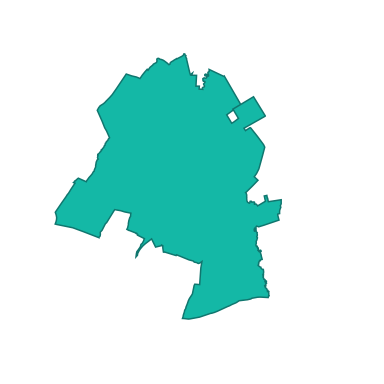 Erbiceni, Iasi, Romania (orthographic projection), rotated 220°
{"feature_id": "2599482B88685264403288", "entity_name": "Erbiceni", "entity_type": "district", "adm_level": 2, "iso_a3": "ROU", "parent_name": "Romania", "parent_adm1": "Iasi", "projection": "orthographic", "projection_center": [27.214, 47.273], "detail": "fine", "context": "isolated", "style": "filled", "palette": "teal", "viewbox_px": 384, "rotation_deg": 220, "n_neighbors": 0, "source": "geoboundaries", "source_scale": "gbopen_adm2", "svg_char_len": 6001}
<svg xmlns="http://www.w3.org/2000/svg" viewBox="0 0 384 384"><g transform="rotate(220 192 192)"><path d="M105.8,101.0L99.4,111.5L99.1,111.6L97.4,114.2L96.0,116.8L91.2,127.0L90.1,129.0L89.1,131.5L87.4,134.8L86.9,135.9L86.0,139.0L80.2,145.2L78.3,147.7L78.0,148.3L77.9,149.0L74.0,153.7L72.0,155.5L65.8,160.1L66.3,161.2L66.2,162.1L66.4,162.3L67.0,162.3L67.6,163.3L68.8,164.3L68.9,165.0L69.4,165.2L69.6,165.2L69.7,164.7L70.2,164.3L70.4,164.7L71.0,165.4L71.6,165.2L72.5,165.9L74.4,165.9L74.6,166.1L74.7,166.7L75.7,166.6L76.1,166.8L76.2,167.0L75.5,167.9L75.5,168.2L76.5,168.8L76.3,170.1L76.6,170.2L77.2,170.0L77.5,170.0L77.4,171.0L77.6,171.5L78.0,171.5L78.3,170.3L78.5,170.3L78.9,170.6L78.8,171.3L79.1,171.5L79.7,171.7L80.4,171.7L81.0,171.4L81.6,172.0L82.7,172.3L82.9,172.5L82.9,173.0L83.6,173.4L83.7,174.0L84.5,174.1L84.4,175.1L84.9,175.3L85.6,176.7L87.4,178.4L87.7,178.5L87.9,178.1L88.4,178.1L89.2,177.9L89.9,177.9L90.8,178.6L91.0,178.4L94.1,178.2L94.3,178.5L94.3,179.1L94.8,179.5L94.7,179.8L94.9,180.2L95.6,180.8L95.5,181.2L95.9,181.8L95.9,182.4L96.1,182.9L95.5,183.2L95.5,183.4L95.8,183.9L95.7,184.5L94.9,185.5L95.0,185.7L96.1,186.1L96.4,186.6L97.7,187.4L98.5,188.2L99.4,188.6L100.0,189.2L101.5,189.7L101.7,189.9L101.6,190.2L100.9,190.9L101.4,191.4L102.0,191.5L102.3,190.5L102.8,190.5L102.7,190.3L102.2,189.8L102.3,189.5L102.5,189.4L103.1,189.7L104.1,189.7L104.6,191.0L105.2,191.7L105.4,191.7L105.7,191.2L106.4,191.5L106.8,192.2L107.1,192.4L107.5,192.3L107.7,191.8L108.0,191.8L109.1,192.6L109.8,194.1L111.2,195.5L111.3,196.4L112.4,199.0L113.6,199.3L113.9,199.8L113.8,200.4L114.0,200.6L114.7,201.5L115.4,201.9L115.9,202.8L117.5,202.9L117.7,203.0L118.1,203.7L119.0,204.1L119.3,203.7L119.2,203.3L118.7,202.6L119.0,202.2L119.8,202.7L120.3,203.3L120.8,204.5L120.2,204.7L119.3,204.5L119.1,204.8L120.4,206.1L120.6,206.8L120.6,207.3L120.0,207.5L119.6,207.9L118.5,208.2L118.4,208.4L115.5,212.9L107.3,226.4L111.2,229.2L112.1,230.1L112.1,230.3L111.0,231.8L112.1,233.0L113.2,234.6L114.1,237.3L115.5,238.3L116.1,240.3L118.7,243.4L127.3,233.6L130.0,235.8L130.2,235.6L132.5,237.5L134.1,235.4L129.8,232.1L132.8,223.6L133.1,223.8L135.3,223.9L135.9,223.5L136.0,223.1L136.3,222.8L136.7,223.1L137.4,224.3L137.7,224.4L139.0,223.5L139.4,222.7L139.8,222.6L140.6,223.0L141.5,222.3L141.4,221.9L140.8,221.1L140.7,220.7L140.9,220.2L143.0,219.9L144.4,220.6L146.5,222.8L146.7,223.3L147.4,223.8L147.9,224.6L148.3,225.0L149.8,225.9L150.6,226.1L150.4,226.5L149.5,235.9L149.0,243.4L154.1,243.7L154.4,247.5L155.6,252.6L161.4,265.3L165.1,273.1L167.7,274.3L176.9,276.5L188.1,278.8L188.7,278.7L189.0,278.3L190.5,273.4L193.2,274.3L184.7,297.0L184.7,297.3L184.8,297.4L206.1,304.5L213.9,281.8L203.7,278.2L205.1,272.0L205.8,270.2L215.0,273.4L213.1,281.3L214.0,281.7L211.0,290.4L241.9,301.6L242.0,301.0L257.7,296.9L256.3,295.4L256.7,294.0L256.2,293.2L254.8,292.5L254.2,291.9L253.9,291.4L254.1,291.1L254.5,291.1L255.5,291.6L256.7,291.4L257.5,290.9L257.6,290.1L257.1,289.5L256.6,289.4L255.8,289.9L254.8,290.1L254.5,289.7L254.4,289.3L254.4,288.3L254.6,288.0L256.1,287.2L256.5,286.0L256.5,285.7L255.5,284.8L255.1,284.3L254.4,284.2L253.3,284.9L252.8,284.7L252.5,284.0L252.6,282.2L252.2,281.9L250.6,281.3L250.3,280.8L250.3,280.1L250.9,279.2L250.9,278.3L250.4,277.8L249.8,277.5L252.7,275.4L254.4,277.8L257.0,275.6L263.5,284.3L267.3,281.2L268.1,283.4L268.6,280.8L270.5,282.0L282.0,290.6L282.0,290.8L283.9,291.5L284.2,292.5L285.3,292.5L286.3,293.1L287.0,292.6L286.6,291.3L286.6,290.8L287.0,289.4L289.2,284.2L289.5,284.3L290.5,281.5L291.0,279.7L291.5,278.5L291.7,277.3L291.6,276.7L291.1,275.9L291.5,274.7L293.7,274.8L297.6,274.6L299.0,274.4L301.2,273.6L301.7,273.1L303.4,273.0L304.2,272.2L304.4,271.7L304.2,271.0L302.9,269.7L302.5,268.5L302.6,267.9L303.6,265.6L303.8,264.7L303.6,264.2L304.3,260.6L304.0,257.0L305.2,257.2L305.3,253.6L305.2,249.7L304.8,245.5L308.4,244.4L312.8,242.2L318.2,240.1L316.3,222.3L315.7,215.2L315.8,211.4L316.2,206.7L316.3,204.2L316.7,202.3L317.8,198.9L317.7,198.2L317.7,196.8L317.1,193.7L306.1,188.3L300.2,185.1L296.6,183.8L290.1,180.6L290.2,180.4L290.0,179.6L290.1,179.1L290.1,178.5L289.7,177.7L289.9,175.3L289.5,174.6L289.5,174.2L289.7,173.7L289.1,172.5L288.7,172.1L288.9,171.1L288.4,169.8L288.3,168.6L288.5,167.7L288.2,167.0L288.2,166.4L288.5,166.1L288.1,165.8L288.2,165.0L287.9,164.4L288.1,164.1L288.1,163.0L288.0,162.5L288.1,161.4L288.4,160.3L288.1,159.9L287.7,159.9L287.3,159.5L287.5,159.1L286.9,158.5L286.6,157.7L285.7,157.1L285.0,157.0L285.3,156.0L284.7,153.6L283.9,152.1L283.6,151.9L283.1,150.7L281.9,149.2L281.1,146.4L280.3,144.9L280.6,144.3L280.1,141.6L280.1,139.1L280.2,136.9L279.9,132.9L279.6,131.9L288.0,129.5L288.5,126.6L288.4,125.7L288.8,125.4L288.9,124.9L288.7,123.8L288.8,123.1L287.3,123.6L286.5,116.4L285.8,111.8L285.8,109.6L285.5,107.7L284.8,99.4L283.7,88.6L281.4,87.2L279.3,85.5L278.2,84.0L277.2,82.2L276.2,79.5L274.7,80.2L260.3,88.0L249.7,91.8L233.9,97.2L234.2,97.5L234.2,97.9L234.0,98.6L234.2,99.4L235.2,101.0L236.1,101.7L236.4,102.4L236.3,104.9L237.9,111.8L237.9,112.5L237.7,113.6L239.9,128.8L234.5,131.9L230.9,133.4L225.2,136.5L224.2,134.8L223.5,134.1L223.2,132.3L222.0,129.5L220.5,126.9L219.9,126.3L219.1,124.8L218.2,122.9L217.9,121.5L215.6,122.0L215.4,122.2L208.0,124.7L208.0,124.3L206.4,124.6L206.2,124.0L206.1,123.9L198.5,125.7L198.1,124.3L197.7,123.6L197.1,120.7L197.4,119.1L196.6,117.3L196.3,116.4L196.0,112.9L195.9,110.9L195.0,109.1L193.2,106.3L193.1,108.4L194.1,110.0L194.8,113.1L195.0,115.1L195.0,118.3L194.9,119.8L194.5,122.5L192.8,130.1L184.5,126.4L181.4,130.6L181.2,131.8L180.5,131.5L180.1,132.1L179.9,132.1L178.4,130.4L175.3,127.6L174.8,127.8L174.9,128.2L163.3,133.1L163.4,134.0L150.6,138.1L146.8,139.9L145.8,139.9L145.3,139.7L143.1,140.9L141.5,141.2L141.1,141.4L140.4,142.6L139.7,145.1L136.4,139.5L126.6,126.0L130.6,123.2L130.3,121.8L126.3,114.4L126.1,113.8L125.5,108.7L124.9,106.4L123.7,103.3L122.6,99.9L121.9,98.8L121.7,97.2L121.5,96.5L120.7,95.1L119.5,92.1L118.7,90.8L118.0,89.0L116.4,90.2L113.3,92.2L112.3,93.1L105.8,101.0Z" fill="#14b8a6" stroke="#0f766e" stroke-width="1.5"/></g></svg>